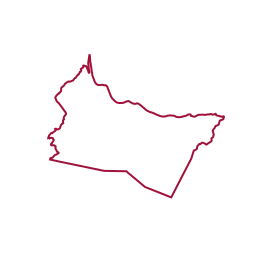 Balfate, Colón, Honduras (Equal Earth projection), rotated 48°
{"feature_id": "27666195B79832367470433", "entity_name": "Balfate", "entity_type": "district", "adm_level": 2, "iso_a3": "HND", "parent_name": "Honduras", "parent_adm1": "Colón", "projection": "equal_earth", "projection_center": [-86.341, 15.768], "detail": "fine", "context": "isolated", "style": "outline", "palette": "rose", "viewbox_px": 256, "rotation_deg": 48, "n_neighbors": 0, "source": "geoboundaries", "source_scale": "gbopen_adm2", "svg_char_len": 5491}
<svg xmlns="http://www.w3.org/2000/svg" viewBox="0 0 256 256"><g transform="rotate(48 128 128)"><path d="M99.3,207.0L106.2,202.1L143.8,174.5L159.1,158.1L160.8,158.0L183.3,154.8L208.5,142.3L193.1,101.5L188.8,94.2L189.1,93.7L189.6,91.6L189.6,91.1L189.4,90.6L188.8,89.8L188.2,89.0L187.9,88.6L187.9,88.2L187.8,87.2L187.6,85.9L187.7,85.6L188.3,85.2L188.4,84.6L188.4,84.0L188.4,83.2L188.5,82.7L189.0,82.3L189.8,81.8L190.6,81.5L191.5,81.2L192.1,81.1L192.7,80.9L193.0,80.5L192.9,80.0L193.0,78.9L193.6,75.5L193.6,74.9L193.5,74.5L193.4,74.3L191.7,73.1L191.6,72.9L191.5,72.7L191.7,71.5L191.7,71.1L191.6,70.8L191.4,70.4L190.8,69.6L190.3,68.6L190.2,68.5L189.4,68.3L188.3,67.7L188.0,67.4L187.6,67.3L187.2,67.2L186.7,66.8L186.6,66.6L186.5,66.4L186.2,65.3L185.9,63.5L185.7,63.0L185.3,62.1L185.2,61.5L185.2,61.2L185.3,60.9L185.7,60.2L186.0,59.5L186.1,58.7L186.0,58.2L185.9,57.9L185.3,57.0L184.8,56.1L184.2,55.4L184.1,55.1L184.0,54.7L184.2,54.1L185.0,52.2L185.2,51.4L185.2,51.1L185.1,50.9L184.7,50.6L184.4,50.3L184.3,50.0L184.2,49.6L183.9,49.3L183.7,49.1L183.4,49.2L183.1,49.3L182.8,50.3L182.2,51.0L181.8,51.2L181.4,51.3L180.6,52.0L179.6,52.6L179.2,52.8L178.7,53.2L178.2,53.6L177.7,53.7L177.3,53.8L176.5,53.6L176.2,53.4L176.0,53.5L176.0,54.1L176.0,54.3L175.3,55.1L174.7,56.2L174.4,56.5L173.4,56.8L173.0,57.1L172.5,58.3L171.8,58.9L171.3,59.7L170.7,60.4L170.3,61.4L170.1,61.6L169.7,62.1L168.3,63.3L168.1,63.6L167.4,64.3L166.9,65.0L166.3,65.7L165.7,66.5L165.4,66.7L165.3,67.0L165.0,68.2L164.7,68.9L164.5,70.1L164.1,71.0L163.8,71.3L163.0,71.9L162.7,72.1L161.7,72.5L161.3,73.0L160.8,72.9L160.1,72.6L159.9,72.5L159.6,72.7L158.8,73.3L158.7,73.5L158.6,73.9L158.3,74.3L158.1,75.2L157.8,76.4L157.6,77.1L157.1,77.9L156.2,79.3L155.9,79.9L155.9,80.3L155.6,80.5L155.2,81.3L154.8,82.1L154.0,82.9L153.5,83.5L152.5,84.3L151.9,84.7L150.5,85.2L149.9,85.5L149.4,85.8L148.3,86.9L146.8,88.3L145.5,90.1L145.0,91.1L144.4,92.5L143.7,93.4L143.2,94.1L142.6,94.6L142.0,95.1L140.8,96.0L140.1,96.4L139.5,96.6L138.0,97.4L137.2,97.8L136.3,98.2L134.5,98.9L133.4,99.4L132.8,99.8L131.6,100.4L131.1,100.9L130.2,101.3L129.6,101.5L128.4,102.0L127.8,102.2L126.7,102.4L125.6,102.7L124.4,102.7L123.3,102.9L122.2,103.1L119.9,103.3L119.1,103.5L118.1,103.7L116.7,104.1L116.0,104.5L115.4,105.4L115.2,106.0L114.4,107.0L113.2,107.9L112.6,108.2L111.1,108.7L110.1,109.1L108.7,109.3L108.4,109.5L107.5,110.9L107.2,111.4L107.1,111.9L106.5,113.7L106.0,114.9L103.5,117.9L102.8,118.4L102.1,118.9L101.3,119.3L100.1,119.6L99.5,119.7L97.2,119.9L95.0,119.9L93.7,119.6L92.4,119.2L91.2,118.8L85.8,116.7L85.1,116.5L83.6,115.8L83.0,115.7L82.6,115.9L82.2,115.8L81.8,115.8L81.3,115.9L80.9,116.3L80.7,116.8L80.5,117.0L80.1,117.3L79.3,117.7L78.8,118.1L78.4,118.5L77.7,119.7L77.3,120.1L76.5,120.9L75.6,121.6L75.1,121.8L74.4,122.0L73.6,122.1L72.2,121.9L70.7,121.5L66.9,120.0L65.8,119.6L65.0,119.2L63.6,118.2L62.1,117.3L60.8,116.5L58.8,115.0L57.2,114.1L55.1,112.6L53.6,111.8L49.7,108.7L47.5,107.2L48.8,109.0L51.7,112.4L52.4,113.3L52.8,113.8L53.1,114.1L53.8,114.5L54.7,115.3L55.5,115.9L57.2,117.1L59.0,118.3L60.5,119.2L60.8,119.5L61.0,119.7L60.9,119.9L60.8,120.1L60.2,120.0L59.2,119.5L58.8,119.4L57.7,118.9L56.4,118.5L55.6,118.2L55.2,118.1L54.9,118.0L54.7,117.8L54.0,117.8L53.2,118.4L52.5,118.7L51.8,119.3L51.7,119.4L51.7,119.6L51.9,119.7L52.3,119.9L52.7,120.2L52.8,120.5L53.0,120.8L53.0,121.2L52.8,121.6L52.7,122.2L52.7,123.0L52.6,123.4L52.6,123.6L52.8,123.8L53.4,123.8L53.6,123.9L54.1,124.4L54.5,125.3L54.5,125.5L54.1,126.0L54.2,126.4L54.7,127.4L55.1,128.4L55.0,128.6L54.9,128.9L54.8,129.1L55.2,129.7L55.0,130.6L55.0,131.0L55.7,133.2L55.7,133.5L55.4,134.1L55.4,134.4L55.4,134.9L55.6,135.4L55.6,135.8L55.9,136.9L55.9,137.2L55.4,138.2L55.3,138.5L55.2,139.2L54.9,139.9L54.7,140.2L53.8,140.8L53.7,141.0L53.3,142.4L53.0,145.0L53.1,145.6L53.5,146.7L53.6,147.3L53.6,147.7L53.6,148.3L53.5,149.6L53.5,150.2L53.6,150.8L53.8,151.0L54.0,151.3L55.4,152.6L55.8,153.1L55.9,153.5L56.0,154.6L55.9,154.5L55.9,155.2L55.9,157.7L56.0,158.5L56.1,159.7L56.4,160.9L56.6,161.4L56.9,161.7L57.2,162.0L58.4,162.3L59.4,162.7L60.0,162.9L60.6,163.0L62.1,163.0L63.4,162.8L64.1,162.9L67.4,163.2L68.8,163.3L71.9,163.7L73.2,163.8L74.3,163.9L75.3,164.1L75.6,164.3L76.0,164.5L76.2,164.9L76.4,165.4L76.4,166.0L76.6,167.0L76.9,168.0L77.1,168.5L77.9,169.4L78.8,169.8L78.8,170.0L78.8,170.9L78.8,171.1L80.0,172.3L80.9,172.7L81.1,172.9L81.1,173.0L80.8,173.7L80.8,174.0L80.8,174.4L81.0,175.9L81.5,176.9L82.3,178.1L82.6,178.9L82.5,180.0L82.4,180.5L82.2,181.0L81.4,181.7L80.7,181.9L80.4,182.0L80.0,182.4L79.9,182.7L79.9,182.8L80.1,182.8L81.0,182.9L81.3,183.2L81.4,183.5L81.4,183.8L81.4,184.5L81.2,185.7L81.1,186.7L81.0,187.1L81.0,187.3L81.1,187.6L81.1,187.9L80.9,188.1L80.5,188.3L80.4,188.4L80.4,188.6L80.5,189.7L80.6,190.3L80.7,191.5L81.2,192.5L81.5,193.1L81.8,193.7L82.0,193.9L82.2,193.1L82.3,192.9L82.6,192.9L82.8,193.1L82.9,193.3L83.1,193.3L83.1,193.2L83.5,192.3L83.9,191.7L84.9,190.9L85.1,190.7L85.3,190.7L85.5,190.8L85.5,191.0L86.9,191.1L87.2,191.2L87.4,191.4L87.6,192.0L87.8,192.7L87.8,193.0L88.0,193.7L88.4,194.8L88.5,195.0L88.4,195.3L88.4,196.0L88.8,196.4L89.1,196.5L89.5,196.5L89.9,196.3L90.1,196.0L90.7,195.3L91.3,194.5L91.5,194.5L92.3,194.4L92.9,194.0L93.2,194.1L93.8,194.6L94.4,195.5L94.6,195.6L94.8,195.7L96.7,196.1L98.1,196.6L98.7,196.5L99.4,196.1L100.0,196.2L100.0,196.3L100.1,196.5L100.0,198.0L99.7,199.1L99.3,200.0L99.2,201.3L99.3,202.5L99.4,203.0L99.5,203.4L99.4,204.3L99.3,204.6L98.7,205.2L98.6,205.4L98.6,205.6L98.6,206.0L98.8,206.2L99.3,207.0Z" fill="none" stroke="#9f1239" stroke-width="2"/></g></svg>